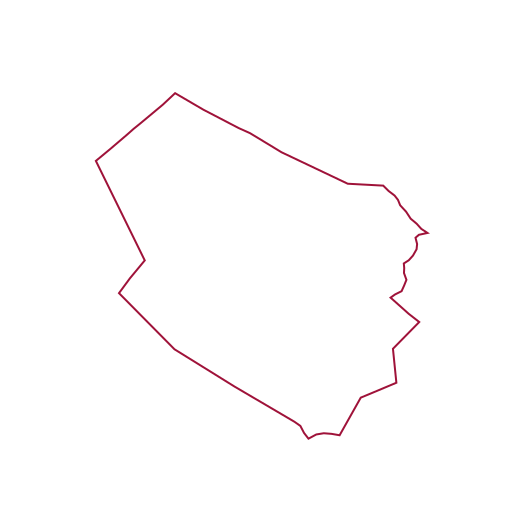 the district of Campo Grande do Piauí, Piauí, Brazil, rotated 302°
{"feature_id": "56859067B96257895784002", "entity_name": "Campo Grande do Piauí", "entity_type": "district", "adm_level": 2, "iso_a3": "BRA", "parent_name": "Brazil", "parent_adm1": "Piauí", "projection": "robinson", "projection_center": [-41.045, -7.177], "detail": "fine", "context": "isolated", "style": "outline", "palette": "rose", "viewbox_px": 512, "rotation_deg": 302, "n_neighbors": 0, "source": "geoboundaries", "source_scale": "gbopen_adm2", "svg_char_len": 832}
<svg xmlns="http://www.w3.org/2000/svg" viewBox="0 0 512 512"><g transform="rotate(302 256 256)"><path d="M351.2,101.1L335.0,96.8L306.7,87.5L298.9,84.8L291.4,82.6L268.3,75.3L251.8,69.8L193.3,164.0L170.3,160.9L151.9,159.5L133.7,236.3L133.9,307.1L135.8,376.4L135.4,383.7L131.4,390.5L128.9,397.3L136.6,401.7L141.6,407.4L145.2,414.3L148.3,421.9L191.4,419.9L201.8,427.3L222.9,442.2L249.9,421.3L286.5,429.4L287.9,416.1L292.0,392.2L297.1,394.3L303.3,398.1L309.3,397.3L315.5,396.2L320.0,390.5L324.3,388.1L328.0,385.3L333.3,387.8L339.5,388.9L346.8,388.6L351.5,386.3L356.0,381.6L360.3,382.9L366.4,389.2L366.6,381.8L368.5,375.2L369.6,367.4L373.1,359.8L375.4,351.4L378.8,346.7L380.7,341.5L381.4,334.0L383.1,326.6L365.9,295.5L357.5,222.7L357.0,185.9L355.3,173.4L352.2,134.0L351.2,101.1Z" fill="none" stroke="#9f1239" stroke-width="2"/></g></svg>